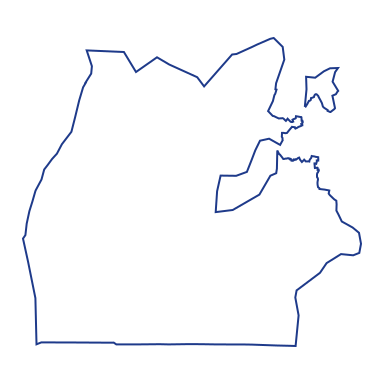 Odogbolu, Ogun, Nigeria
{"feature_id": "59680162B50359341822283", "entity_name": "Odogbolu", "entity_type": "district", "adm_level": 2, "iso_a3": "NGA", "parent_name": "Nigeria", "parent_adm1": "Ogun", "projection": "robinson", "projection_center": [3.89, 6.792], "detail": "fine", "context": "isolated", "style": "outline", "palette": "blue", "viewbox_px": 384, "rotation_deg": 0, "n_neighbors": 0, "source": "geoboundaries", "source_scale": "gbopen_adm2", "svg_char_len": 4819}
<svg xmlns="http://www.w3.org/2000/svg" viewBox="0 0 384 384"><path d="M36.5,344.3L41.3,342.4L44.6,342.4L76.3,342.5L95.6,342.6L112.6,342.7L113.7,342.6L116.3,344.4L125.3,344.4L137.7,344.4L159.7,344.2L168.7,344.4L190.0,344.1L202.5,344.2L215.8,344.4L245.5,344.5L251.7,344.6L276.9,345.5L289.7,345.8L295.6,346.0L298.6,315.4L295.3,297.5L296.6,290.4L320.0,272.8L326.6,263.1L341.0,254.1L353.2,255.3L359.3,252.9L361.0,243.8L359.0,232.8L352.6,227.5L341.8,221.5L338.5,214.6L336.4,210.6L336.6,204.3L336.3,200.7L334.3,199.4L332.7,197.9L329.8,195.1L328.7,193.6L328.9,192.4L329.0,192.0L329.3,190.5L328.5,190.3L326.7,190.0L324.7,189.6L322.0,189.3L319.5,189.0L319.5,188.4L319.3,188.1L318.6,187.6L318.1,187.3L317.9,186.4L317.6,184.9L317.5,183.5L317.5,182.4L317.7,180.9L318.0,179.6L317.8,178.2L317.1,177.3L317.0,176.3L317.0,175.0L317.0,174.4L317.1,173.9L317.2,173.4L317.2,173.2L317.4,173.0L317.7,172.7L317.8,172.6L318.0,172.3L318.1,171.9L318.2,171.6L318.3,171.2L318.3,170.8L318.3,170.3L318.4,170.2L318.8,170.3L318.8,170.2L318.6,169.5L318.3,169.5L317.9,169.5L317.6,169.6L317.6,169.4L317.6,168.9L317.6,168.3L317.6,167.8L317.5,167.7L316.5,167.8L314.9,168.0L314.8,167.4L314.8,166.8L314.7,166.2L314.7,165.5L314.6,164.9L314.5,164.1L314.5,163.4L314.8,163.4L315.4,163.6L316.2,163.8L316.3,163.4L316.4,163.0L316.5,162.6L316.7,162.1L316.7,161.8L316.8,161.5L316.9,161.1L316.9,160.8L316.8,160.4L317.2,160.3L318.2,160.5L318.2,160.4L318.3,160.0L318.3,159.5L318.3,159.1L318.3,158.7L318.2,158.1L318.2,157.7L318.2,157.3L318.2,157.2L317.9,157.1L317.7,157.1L317.0,157.0L316.1,156.9L315.5,156.8L314.7,156.5L314.0,156.4L313.4,156.3L312.6,156.2L311.7,156.0L311.4,157.1L311.2,157.9L310.8,158.4L310.1,159.2L309.8,159.7L309.5,160.4L309.3,161.5L309.0,161.4L308.7,161.3L308.4,161.3L308.2,161.4L307.7,161.4L307.3,161.4L307.1,161.4L306.7,161.4L306.0,161.4L305.7,161.4L305.4,161.0L305.1,160.7L304.7,160.2L304.4,159.9L304.2,159.7L304.0,160.0L303.4,160.5L302.8,161.1L301.9,162.0L301.3,161.3L300.9,160.7L300.3,160.0L299.6,158.7L299.4,158.2L299.2,157.6L298.5,157.8L298.0,158.1L296.2,159.5L295.9,159.7L295.5,159.3L295.0,159.6L294.6,159.5L294.1,159.4L293.7,159.4L293.6,159.8L293.7,160.2L293.1,160.3L292.9,160.6L292.8,160.8L292.4,160.7L292.2,160.7L291.9,160.7L291.6,160.7L291.6,160.4L291.7,160.1L291.0,159.9L290.8,159.8L290.7,159.7L290.2,159.6L289.9,159.4L290.1,159.2L290.4,158.8L289.5,158.5L288.7,158.3L288.2,158.2L287.9,158.2L287.2,158.4L286.4,158.6L285.5,158.6L284.4,158.9L283.3,159.0L282.3,157.6L280.5,155.3L280.0,154.6L279.2,154.2L277.3,150.5L276.9,168.7L276.2,173.2L270.4,175.7L259.4,194.6L232.7,210.0L215.7,212.1L217.1,191.2L220.6,175.6L236.2,175.8L246.9,171.9L251.6,160.0L255.3,150.3L260.0,140.7L269.1,138.7L280.1,144.9L282.7,140.2L282.5,139.5L282.5,138.0L281.8,136.8L281.9,135.5L282.0,132.9L283.7,132.9L284.2,133.0L285.4,133.2L286.9,133.0L287.5,132.3L288.6,130.9L290.0,129.2L291.1,127.9L292.0,126.8L292.5,127.0L292.9,127.0L293.3,127.0L293.7,127.1L293.9,127.1L294.4,127.2L294.8,127.2L294.9,127.7L295.2,128.4L295.4,128.6L295.9,128.4L296.1,128.2L296.6,128.0L297.4,127.7L297.7,127.4L298.3,127.0L298.7,126.8L299.1,126.7L299.4,126.6L300.1,126.3L300.7,126.1L301.3,125.8L301.7,125.6L301.4,124.5L302.3,124.8L302.2,122.9L302.3,122.8L302.2,121.9L302.7,121.8L302.4,120.7L301.6,120.6L301.6,119.8L301.5,118.9L301.5,117.7L301.3,117.1L300.3,117.0L298.3,116.6L296.0,116.2L295.7,118.3L294.7,118.8L293.9,119.0L292.5,119.7L293.2,121.6L292.6,121.8L292.4,122.0L292.1,122.0L291.7,122.0L291.4,122.0L291.2,121.9L290.9,121.9L290.3,121.5L289.4,120.5L288.6,119.8L287.6,118.7L286.5,120.2L285.9,120.9L284.8,119.9L284.1,119.2L283.7,118.8L283.3,118.5L282.7,118.2L282.2,118.2L281.5,118.3L280.9,118.3L280.4,118.3L279.6,118.4L278.9,118.5L276.3,117.3L274.1,116.2L272.7,115.9L268.1,111.1L272.9,101.1L274.4,95.1L275.2,93.9L275.9,91.6L276.5,89.6L275.4,89.3L276.1,83.2L284.3,59.6L282.7,46.9L273.7,38.0L270.3,38.8L257.0,44.6L252.4,46.8L236.5,54.0L232.1,54.5L204.1,86.4L197.2,77.2L169.2,64.5L157.0,57.3L136.0,72.0L123.9,52.0L86.7,50.4L91.9,66.2L91.2,73.6L85.4,82.8L85.7,82.9L83.1,87.3L79.2,100.4L75.0,117.7L71.4,131.8L61.9,144.2L56.9,153.7L53.7,157.2L52.0,159.1L47.6,165.1L44.2,169.5L41.5,179.5L35.7,190.3L35.3,191.4L32.4,201.5L29.4,211.1L26.7,223.6L25.4,235.1L23.0,238.6L28.1,261.9L35.4,298.1L36.5,344.3ZM306.1,76.8L306.5,89.3L304.9,106.0L305.3,106.1L305.7,106.5L307.3,104.0L308.9,100.9L309.7,100.8L310.8,99.9L311.0,98.1L311.8,97.9L312.9,97.5L314.0,97.0L314.2,96.0L314.7,95.0L315.3,94.4L315.8,94.2L316.2,94.2L316.7,94.4L317.1,94.8L318.2,95.9L318.8,97.3L320.4,100.2L321.8,102.9L322.2,104.1L322.8,106.3L323.5,107.3L324.9,108.3L327.7,110.1L327.6,110.9L330.1,112.0L330.5,112.0L332.6,110.4L334.3,109.1L335.0,108.2L333.9,102.9L332.4,95.7L334.0,95.0L335.9,94.2L337.3,91.9L338.2,90.9L332.6,81.7L335.1,72.1L338.0,68.0L330.0,68.3L323.9,71.3L315.2,77.7L306.1,76.8Z" fill="none" stroke="#1e3a8a" stroke-width="2"/></svg>